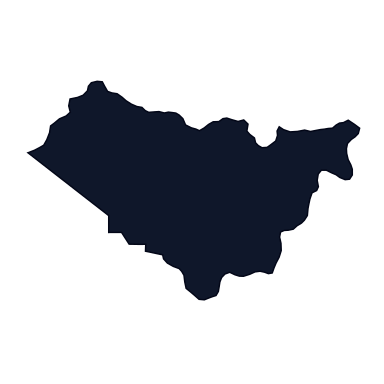 Herval d'Oeste, Santa Catarina, Brazil (orthographic projection), rotated 182°
{"feature_id": "56859067B7033664236928", "entity_name": "Herval d'Oeste", "entity_type": "district", "adm_level": 2, "iso_a3": "BRA", "parent_name": "Brazil", "parent_adm1": "Santa Catarina", "projection": "orthographic", "projection_center": [-51.434, -27.189], "detail": "fine", "context": "isolated", "style": "filled", "palette": "ink", "viewbox_px": 384, "rotation_deg": 182, "n_neighbors": 0, "source": "geoboundaries", "source_scale": "gbopen_adm2", "svg_char_len": 2022}
<svg xmlns="http://www.w3.org/2000/svg" viewBox="0 0 384 384"><g transform="rotate(182 192 192)"><path d="M357.3,225.5L274.4,165.5L273.8,148.7L261.0,149.2L253.0,137.7L241.3,137.9L236.4,138.2L236.4,131.2L219.1,128.2L218.1,124.2L214.1,120.1L208.1,117.0L202.1,115.0L199.5,112.3L197.1,108.5L196.1,102.0L194.5,95.5L190.9,92.8L186.3,89.2L181.2,85.0L175.9,84.7L171.9,86.5L168.3,88.0L164.4,89.4L162.2,93.5L161.6,98.1L161.0,103.1L159.4,107.6L156.2,111.2L151.5,113.1L146.2,110.8L141.8,109.6L137.6,109.6L131.4,111.8L126.2,114.4L121.2,115.2L116.7,114.4L112.8,113.1L109.0,113.9L107.4,119.0L105.5,124.0L102.7,129.8L100.8,136.6L101.3,143.8L102.9,150.0L102.1,155.1L98.5,156.8L94.4,157.2L89.5,158.4L85.9,161.9L81.5,164.8L78.7,167.8L75.9,172.5L75.5,179.6L74.8,184.2L73.9,189.2L72.0,195.4L67.5,197.8L65.9,201.7L67.3,208.0L66.5,214.3L63.5,218.3L58.6,218.5L53.0,216.0L48.6,214.3L44.8,211.7L39.4,209.7L35.0,210.3L32.4,214.6L32.6,220.3L34.2,224.6L37.1,229.8L38.8,236.0L39.2,240.7L38.3,245.9L34.6,250.1L31.0,252.8L27.9,256.2L26.7,261.6L31.9,265.2L38.4,269.2L43.1,266.6L47.0,266.0L50.2,264.0L53.8,260.7L58.2,260.2L62.0,259.4L65.6,258.9L69.6,258.0L75.7,256.6L81.6,257.8L88.7,256.2L96.0,255.5L102.7,257.5L107.1,260.2L109.1,255.9L108.5,251.5L110.1,245.9L115.1,241.8L118.5,239.2L123.6,238.7L127.4,240.7L130.2,243.4L131.5,248.2L136.2,251.5L139.3,254.8L138.4,261.8L142.8,265.8L148.4,264.1L154.6,265.6L159.8,267.1L163.6,266.4L167.6,263.3L173.3,262.9L177.8,260.1L182.1,256.4L186.7,253.5L190.3,255.0L194.9,256.1L200.8,258.8L203.7,265.0L207.6,268.5L210.9,270.3L214.6,270.7L218.4,271.0L222.4,270.0L227.8,271.2L232.6,270.7L238.0,270.1L241.6,271.7L245.0,274.8L250.1,275.5L255.7,277.7L261.1,280.9L265.1,284.2L270.3,287.6L275.5,288.2L279.9,289.6L283.1,294.8L285.5,299.0L290.7,299.3L296.4,297.7L299.2,294.1L300.0,289.5L304.2,284.9L309.7,282.5L317.1,280.7L318.2,273.8L316.4,267.5L320.4,263.6L327.0,260.5L332.0,256.0L335.6,253.1L336.4,246.3L338.9,239.2L341.8,233.6L345.8,231.1L350.9,228.2L357.3,225.5Z" fill="#0f172a" stroke="#020617" stroke-width="1.5"/></g></svg>